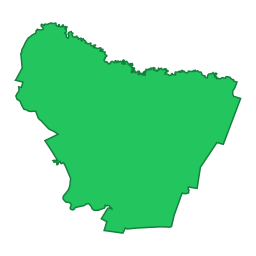 Sicula, Arad, Romania (Natural Earth projection)
{"feature_id": "2599482B64566475675092", "entity_name": "Sicula", "entity_type": "district", "adm_level": 2, "iso_a3": "ROU", "parent_name": "Romania", "parent_adm1": "Arad", "projection": "natural_earth1", "projection_center": [21.749, 46.472], "detail": "fine", "context": "isolated", "style": "filled", "palette": "green", "viewbox_px": 256, "rotation_deg": 0, "n_neighbors": 0, "source": "geoboundaries", "source_scale": "gbopen_adm2", "svg_char_len": 5517}
<svg xmlns="http://www.w3.org/2000/svg" viewBox="0 0 256 256"><path d="M170.0,227.1L171.5,226.5L174.1,215.3L182.1,193.1L183.9,193.6L185.8,193.7L188.6,192.9L188.6,191.9L189.0,189.9L188.1,189.2L188.3,187.0L197.1,188.4L200.4,167.3L216.9,142.6L223.3,144.3L240.6,98.5L233.7,96.3L232.9,94.9L232.6,91.3L234.8,87.9L237.0,82.1L233.9,81.1L233.5,80.7L233.7,80.1L233.5,79.6L232.0,79.4L231.0,78.6L230.0,77.3L227.0,76.6L226.0,76.7L225.5,78.0L225.0,78.3L222.6,77.6L221.4,78.0L220.3,78.7L218.7,78.7L217.6,78.0L216.7,78.7L216.3,78.2L216.6,76.9L216.1,76.7L215.0,77.0L214.6,76.7L215.7,75.5L215.7,75.1L214.8,75.4L214.4,75.3L214.4,75.0L215.1,74.5L216.5,74.3L216.8,73.8L215.9,73.1L213.9,73.7L213.0,72.6L212.2,73.7L211.2,73.5L210.2,73.9L208.7,74.1L207.7,75.3L207.3,77.7L205.4,77.5L205.1,77.2L204.9,75.8L203.0,75.5L201.9,74.5L201.6,73.2L200.9,72.1L198.6,71.9L197.8,70.8L195.8,71.2L195.1,70.3L194.4,71.5L193.4,70.6L192.2,71.6L188.4,71.1L187.6,72.6L186.6,73.0L185.6,72.6L183.9,71.1L182.5,71.9L182.2,71.6L182.4,70.6L181.8,70.4L181.0,70.9L180.6,72.2L180.2,72.4L179.6,72.3L179.4,71.3L179.2,71.2L177.6,72.2L175.4,72.0L175.1,72.4L175.0,73.6L175.8,74.2L175.5,74.9L172.8,74.7L172.4,73.6L172.0,73.5L171.4,74.0L171.3,74.9L170.3,75.2L169.8,75.6L167.1,74.0L165.5,74.1L164.9,73.9L165.2,72.8L168.0,71.4L168.0,70.8L167.6,70.5L165.5,70.5L165.5,69.9L166.3,69.5L166.1,68.9L164.4,68.8L162.8,69.6L162.2,69.6L161.9,69.4L161.4,68.3L160.5,68.5L159.8,69.0L158.6,68.2L158.3,68.8L158.9,69.8L157.1,70.2L157.0,70.5L157.4,70.9L157.0,71.3L155.3,70.5L155.5,70.0L153.6,70.0L153.5,69.3L154.8,68.2L153.5,67.6L152.7,68.2L150.9,68.1L151.1,69.2L150.8,69.7L150.4,69.6L149.9,69.0L149.3,68.9L148.9,69.1L148.8,69.9L148.5,70.1L147.5,69.4L146.0,69.4L146.0,71.2L145.5,71.4L144.9,71.1L144.5,71.5L145.3,72.1L145.5,73.0L145.0,73.1L143.6,72.1L143.3,72.4L143.7,73.2L145.1,74.4L145.2,75.0L144.9,75.4L143.2,74.6L142.9,73.3L142.4,73.5L142.4,74.9L141.2,74.3L140.8,73.2L140.5,73.0L139.7,73.4L139.3,74.6L138.6,74.6L138.0,73.9L139.4,71.6L139.3,71.3L138.4,71.1L136.6,72.4L135.7,72.0L135.4,72.6L135.1,72.7L134.7,72.5L134.4,71.8L134.8,70.9L134.7,70.5L133.9,70.0L133.5,70.0L133.1,70.4L132.8,72.2L132.4,72.6L131.5,72.7L131.3,72.4L131.4,71.5L132.4,68.8L133.2,68.7L133.9,69.2L134.5,68.8L134.3,68.1L134.0,67.9L131.3,67.5L131.3,67.0L132.0,66.4L131.9,65.7L132.7,65.2L132.6,64.6L130.2,65.7L129.5,65.6L129.5,65.1L129.8,64.8L132.2,64.2L132.3,63.7L132.0,63.5L130.1,63.7L128.7,64.3L128.1,64.2L128.0,63.0L126.6,61.3L125.9,61.4L125.0,61.9L124.6,61.8L124.2,61.2L124.2,60.5L123.7,60.0L122.8,60.4L122.5,61.6L122.8,62.1L125.0,63.2L125.2,63.6L124.9,64.2L122.3,63.8L122.0,63.5L121.6,61.9L120.8,61.3L119.7,61.5L118.8,62.1L118.3,61.1L117.9,61.0L117.4,62.4L116.9,62.6L116.0,60.9L115.4,60.7L115.0,61.0L114.7,62.8L112.3,61.4L111.6,61.4L110.3,62.6L110.4,63.5L108.7,64.0L107.0,62.0L106.3,61.8L106.1,62.2L105.6,62.2L105.2,61.9L105.1,61.5L104.2,60.8L104.1,59.9L105.2,58.5L105.2,57.2L106.6,56.5L106.8,55.6L104.9,54.2L104.8,53.4L105.2,52.3L105.1,52.0L103.1,51.8L102.3,51.4L103.0,49.9L102.8,49.3L101.9,49.6L101.0,51.2L100.2,51.2L100.0,50.5L101.0,48.9L101.1,48.4L100.7,47.8L97.5,48.5L95.1,47.6L93.5,47.7L93.4,47.4L93.8,46.7L95.5,45.6L95.4,45.0L94.9,45.0L91.9,45.9L91.0,45.8L90.6,45.0L91.0,43.9L90.8,43.2L90.0,43.2L88.3,44.0L87.3,43.7L86.7,42.9L85.3,42.8L85.9,41.8L85.7,41.4L84.8,40.4L83.5,40.0L83.3,38.8L82.4,39.0L82.1,39.5L82.1,40.6L81.7,41.0L81.3,40.7L81.1,40.2L81.1,38.3L80.5,38.2L78.6,39.0L78.3,38.9L78.1,37.6L77.1,37.2L76.8,36.2L76.2,36.3L75.8,37.0L74.9,36.9L73.7,37.2L73.0,36.7L72.0,34.9L72.2,34.2L72.8,33.7L72.9,33.2L71.6,32.7L71.3,31.6L69.5,32.1L68.4,32.9L68.2,33.4L68.8,35.5L68.7,36.6L68.3,38.0L67.6,38.2L66.4,36.9L66.3,36.4L66.6,35.1L66.4,34.2L65.0,33.6L64.6,33.1L66.4,31.9L66.2,29.2L65.0,28.8L64.9,28.5L66.8,27.7L67.0,27.0L65.4,26.5L64.6,26.7L63.4,26.5L63.3,26.2L63.3,25.1L63.0,24.9L62.1,25.4L62.1,26.3L61.9,27.0L59.8,26.5L58.8,26.6L58.7,26.1L59.3,25.3L59.2,24.7L58.6,24.8L57.8,26.2L56.8,26.1L56.0,25.3L56.1,23.9L55.7,23.1L52.9,23.6L51.1,22.9L47.2,24.4L45.0,24.1L44.6,24.3L44.3,25.4L43.9,25.6L43.4,25.4L42.5,24.4L41.4,24.4L41.1,25.2L41.4,26.3L43.0,27.9L43.4,28.7L43.3,29.1L41.0,30.1L37.3,29.3L37.0,29.8L37.1,30.4L36.2,30.5L35.6,33.2L32.2,35.0L29.2,37.5L28.5,37.7L25.9,41.6L23.2,47.4L22.3,48.7L21.6,50.9L21.8,52.0L21.7,52.4L20.8,53.4L22.2,68.0L16.0,79.5L15.4,80.2L22.9,82.1L21.4,87.4L18.7,86.8L19.1,90.2L18.5,91.7L16.9,93.9L16.7,94.6L15.9,95.8L16.0,96.5L17.1,99.4L20.1,101.2L21.7,105.3L23.9,109.2L26.8,110.0L28.5,111.1L31.2,111.5L33.4,111.2L35.7,111.3L38.2,118.0L39.7,119.7L41.1,120.7L48.6,128.7L49.8,129.5L54.1,131.5L58.0,134.3L44.9,140.6L49.9,148.1L57.6,160.4L54.1,160.3L53.1,160.6L53.5,160.9L53.6,161.9L54.0,162.2L54.8,162.3L55.5,161.9L56.8,162.1L56.8,164.3L56.9,164.7L57.3,164.8L57.8,164.5L59.1,161.7L59.8,161.4L60.3,161.7L60.6,163.2L61.2,163.6L61.8,163.6L63.2,162.7L63.8,163.0L64.4,164.1L64.5,164.9L65.1,165.3L70.6,178.4L69.8,186.0L68.1,190.3L63.3,196.2L63.5,196.5L63.0,198.0L63.0,198.7L63.4,199.4L65.8,202.1L68.7,202.4L70.4,203.2L71.1,204.2L71.1,204.9L71.0,205.8L70.3,207.2L70.2,208.2L70.4,208.7L71.0,209.4L71.9,209.7L73.0,209.9L73.6,209.6L74.3,209.1L75.1,207.8L76.0,207.3L84.0,205.6L86.8,203.8L87.6,203.7L88.8,203.8L89.2,204.1L91.3,206.6L92.0,208.5L92.6,209.2L93.6,210.0L94.8,210.4L98.3,210.3L104.5,208.0L104.8,207.6L105.1,205.2L106.6,206.0L107.0,205.6L108.2,205.4L109.1,205.7L110.0,207.2L111.5,207.9L111.9,209.0L109.3,208.1L108.1,208.1L107.7,208.4L101.3,218.8L106.8,221.7L104.1,230.5L122.9,233.1L125.3,228.0L127.0,229.0L137.3,228.0L160.5,226.8L170.0,227.1Z" fill="#22c55e" stroke="#15803d" stroke-width="1.5"/></svg>